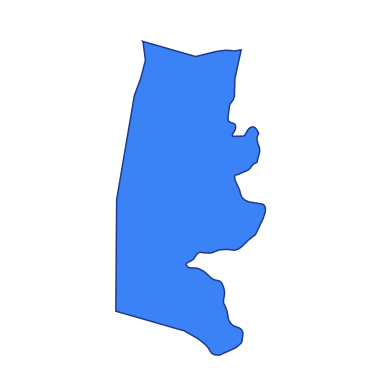 the District of Nkhotakota, rotated 196°
{"feature_id": "MWI-1902", "entity_name": "Nkhotakota", "entity_type": "District", "adm_level": 1, "iso_a3": "MWI", "parent_name": "Malawi", "parent_adm1": "", "projection": "albers", "projection_center": [34.033, -12.814], "detail": "fine", "context": "isolated", "style": "filled", "palette": "blue", "viewbox_px": 384, "rotation_deg": 196, "n_neighbors": 0, "source": "natural_earth", "source_scale": "10m", "svg_char_len": 1897}
<svg xmlns="http://www.w3.org/2000/svg" viewBox="0 0 384 384"><g transform="rotate(196 192 192)"><path d="M232.3,56.4L237.7,75.6L250.4,121.0L262.3,163.8L265.1,188.8L268.6,220.0L271.5,246.6L274.0,268.8L272.6,287.6L273.1,305.9L280.1,322.0L280.4,322.5L281.1,323.2L225.9,323.2L207.2,333.9L198.3,337.7L193.0,338.8L190.5,339.1L183.9,342.2L182.0,312.8L177.6,295.6L177.8,292.3L178.7,289.4L179.6,287.3L179.8,285.5L178.0,273.9L177.3,271.6L176.2,269.9L173.7,269.5L171.7,269.4L169.9,269.2L168.6,268.1L167.8,266.0L167.7,263.8L168.1,261.8L168.6,260.0L169.0,258.2L168.5,257.0L167.4,257.0L158.3,259.8L157.5,260.3L156.9,261.2L155.5,266.9L154.7,268.7L153.7,269.9L152.2,271.2L150.5,271.5L148.9,271.0L146.9,269.6L145.4,268.2L144.2,266.8L144.5,263.0L144.3,260.9L141.9,256.6L140.7,254.9L139.6,253.6L138.0,249.3L137.8,238.4L140.6,235.7L141.2,234.8L142.7,230.8L143.7,229.2L144.4,228.3L152.9,221.3L155.1,220.3L155.4,219.6L155.2,218.4L154.1,215.5L146.9,207.1L144.7,203.3L142.7,200.8L140.1,199.2L138.0,198.6L136.1,198.3L134.4,198.2L122.1,199.7L120.2,199.7L118.7,199.0L117.6,197.8L116.6,195.4L116.1,193.2L116.3,186.2L119.2,168.7L124.1,162.0L129.9,152.0L131.2,150.6L132.4,149.4L133.9,148.4L135.7,147.6L142.1,146.6L149.3,144.1L151.6,142.6L155.0,139.8L156.8,138.7L158.7,138.0L163.4,136.9L167.4,136.3L168.6,135.8L169.7,134.5L170.4,132.9L172.0,127.9L173.8,125.7L177.1,122.6L177.5,122.1L177.8,121.5L177.7,120.7L177.0,119.7L174.8,118.6L172.7,118.6L167.7,119.9L165.1,120.2L162.4,119.8L159.6,119.2L157.1,118.3L149.2,114.3L146.4,113.8L140.7,114.0L138.6,112.9L136.7,110.8L135.0,108.5L133.5,105.8L132.5,102.6L132.0,97.6L131.3,94.3L127.3,89.7L125.1,86.4L121.8,79.6L118.9,76.7L115.8,74.9L108.9,74.3L106.4,73.3L104.7,71.5L103.7,68.8L102.9,62.5L102.9,60.6L106.7,54.6L120.7,42.7L124.8,41.8L126.7,41.9L128.8,42.5L133.5,46.7L136.4,48.7L145.3,52.5L161.2,56.4L232.2,56.4L232.3,56.4Z" fill="#3b82f6" stroke="#1e3a8a" stroke-width="1.5"/></g></svg>